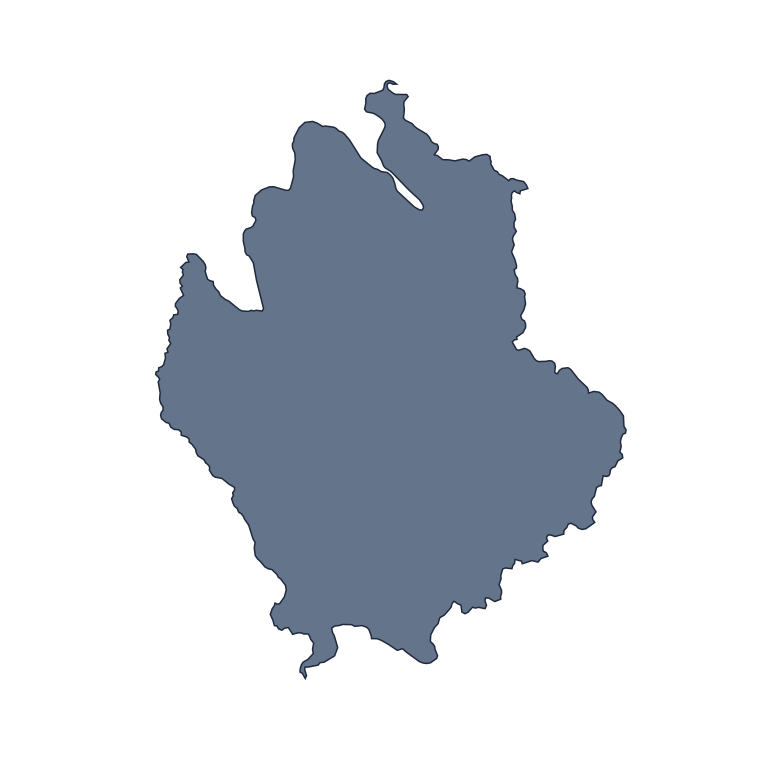 Itamarandiba, Minas Gerais, Brazil (Natural Earth projection), rotated 334°
{"feature_id": "56859067B40667879331711", "entity_name": "Itamarandiba", "entity_type": "district", "adm_level": 2, "iso_a3": "BRA", "parent_name": "Brazil", "parent_adm1": "Minas Gerais", "projection": "natural_earth1", "projection_center": [-42.866, -17.848], "detail": "fine", "context": "isolated", "style": "filled", "palette": "slate", "viewbox_px": 768, "rotation_deg": 334, "n_neighbors": 0, "source": "geoboundaries", "source_scale": "gbopen_adm2", "svg_char_len": 6171}
<svg xmlns="http://www.w3.org/2000/svg" viewBox="0 0 768 768"><g transform="rotate(334 384 384)"><path d="M589.5,272.6L591.1,270.2L599.0,271.4L599.2,267.6L598.2,263.2L592.6,258.9L590.3,256.1L587.5,255.0L585.3,256.0L581.6,248.6L579.3,246.0L578.9,242.8L576.8,240.2L576.4,233.0L577.8,231.1L578.0,228.4L579.1,226.1L577.1,222.7L573.3,221.2L565.1,219.7L558.3,221.0L556.5,218.5L553.4,216.4L545.5,214.5L540.5,210.9L535.2,208.2L532.2,202.2L529.7,200.0L535.6,196.8L536.9,194.4L536.8,191.8L534.6,190.0L533.0,187.1L532.9,182.1L531.9,178.2L525.9,169.0L524.5,166.3L523.4,162.3L518.9,156.5L518.1,153.5L522.6,146.3L524.4,141.1L526.1,138.8L531.7,136.3L531.3,133.7L521.5,128.9L519.4,126.3L516.9,121.0L517.2,117.8L518.8,115.8L521.3,115.8L523.4,118.5L526.8,119.9L524.8,116.2L521.7,113.3L518.3,113.0L516.0,114.4L513.9,117.6L511.5,119.4L502.7,118.6L498.9,116.6L495.2,117.3L492.8,119.4L490.7,123.8L487.0,128.5L487.6,131.7L493.3,136.2L496.7,141.3L498.4,145.2L499.2,149.1L498.7,151.7L496.9,154.0L485.7,162.6L483.5,165.3L479.2,173.2L479.7,181.8L479.2,187.8L479.9,190.5L483.1,195.6L484.3,198.6L491.4,220.5L496.7,234.0L497.5,240.2L496.8,242.9L494.7,244.3L492.3,243.2L488.9,238.2L480.5,216.6L480.4,213.7L481.8,207.1L482.2,202.5L481.2,198.6L479.7,195.4L474.5,191.8L472.4,188.3L470.1,186.4L468.4,183.9L462.3,170.7L460.0,149.5L457.9,141.6L456.7,139.2L454.3,136.8L453.1,133.4L451.6,131.3L444.2,126.3L441.8,125.7L438.5,120.5L435.0,116.8L427.6,114.2L420.2,116.4L411.0,123.3L409.4,126.2L406.8,128.2L405.2,132.2L405.1,137.2L402.6,143.5L395.9,152.5L393.6,158.0L386.0,166.8L383.3,168.1L381.0,167.1L371.4,158.4L367.5,156.6L359.0,155.9L350.9,158.1L347.4,162.0L346.2,164.5L343.9,166.4L340.0,172.2L339.4,175.4L341.2,178.0L340.6,180.8L335.7,184.4L333.3,185.1L328.1,184.4L325.9,185.3L323.4,187.4L320.2,193.7L318.5,200.8L317.1,204.3L317.2,207.6L318.9,209.8L319.7,217.7L314.8,235.2L308.8,263.4L306.5,265.0L301.4,261.7L299.0,261.3L297.0,259.6L294.0,259.3L288.4,256.1L286.4,253.5L280.8,241.4L278.5,238.6L275.7,232.8L275.9,228.7L274.6,224.9L274.1,220.4L275.4,217.0L272.6,214.6L271.4,212.4L272.6,204.4L274.9,201.5L275.6,198.4L275.3,194.7L272.2,185.3L270.2,183.7L264.7,181.2L262.6,182.9L262.1,188.9L259.2,187.9L252.3,190.1L253.4,193.0L251.8,195.1L251.5,198.2L246.3,200.7L244.9,204.0L245.8,207.6L243.0,208.4L242.7,216.5L237.4,217.4L231.9,220.3L230.5,222.7L231.1,225.5L230.9,228.3L229.0,230.9L225.3,229.7L223.2,231.9L219.5,232.9L218.7,236.5L215.6,240.8L213.0,240.8L211.5,244.5L211.6,248.2L209.8,250.3L210.1,254.1L204.3,257.3L203.8,260.7L200.5,260.4L199.0,264.9L194.3,270.1L191.7,270.9L188.6,270.7L187.0,273.4L184.3,273.3L183.0,275.6L184.2,278.8L184.5,281.4L182.0,283.1L179.0,293.7L175.6,299.4L174.8,303.5L175.4,307.6L173.9,310.7L171.3,312.0L169.5,314.2L168.8,317.7L171.3,323.1L173.6,325.0L173.4,329.3L175.5,332.8L179.4,335.1L180.7,338.3L179.3,341.1L183.9,345.7L184.6,348.4L183.4,350.7L184.9,354.0L186.1,360.0L185.2,363.2L185.2,366.8L189.0,373.1L189.1,376.7L190.4,379.2L190.9,382.3L189.3,384.8L189.9,391.3L191.5,393.8L197.0,397.9L200.7,406.0L204.3,411.4L203.1,414.0L200.4,415.3L199.4,418.5L196.8,420.2L196.1,424.7L196.0,428.2L197.5,431.7L197.2,435.5L198.9,438.2L199.5,441.2L199.4,444.0L200.5,451.6L198.4,465.6L198.7,469.9L195.5,474.5L193.1,481.7L193.7,485.9L195.0,489.1L196.8,496.2L198.8,499.2L201.8,501.5L204.3,508.2L204.3,511.4L205.7,514.0L207.2,521.8L205.8,526.3L201.2,531.6L193.9,535.7L191.7,535.2L190.0,533.1L188.2,535.3L185.0,537.0L180.8,541.2L180.6,547.5L179.6,553.1L181.6,554.4L181.9,558.0L184.4,560.6L187.4,559.9L191.2,560.9L192.2,568.9L197.7,570.0L200.4,571.3L202.5,573.7L206.1,575.2L206.6,577.7L206.2,581.4L207.2,586.0L203.4,591.2L202.3,595.2L195.1,598.1L189.2,598.6L186.5,600.3L184.1,602.9L182.2,606.1L183.8,608.4L184.1,614.2L186.5,612.2L187.5,605.9L188.9,603.8L191.8,605.2L201.6,607.8L204.4,606.4L208.1,607.8L220.4,606.7L226.8,600.7L229.0,588.2L228.8,584.7L229.9,580.5L233.6,579.9L237.7,581.4L241.5,582.0L249.4,586.1L251.5,589.0L258.2,591.4L261.9,595.1L262.8,598.1L262.2,604.6L261.2,607.4L266.3,610.0L269.2,613.2L273.5,619.4L279.2,629.2L284.6,630.0L287.1,635.9L294.2,649.1L296.8,651.9L299.8,653.9L303.6,655.0L311.1,653.7L313.0,651.8L313.6,644.6L314.5,642.1L314.1,639.2L312.8,635.7L316.0,630.0L322.5,625.1L327.5,623.1L331.7,618.5L337.0,618.1L342.9,615.7L346.5,614.0L348.8,611.3L351.6,609.9L354.3,614.4L356.3,616.4L354.0,623.1L356.1,626.0L359.5,626.0L365.8,623.4L367.7,625.4L371.1,626.2L376.3,630.2L379.1,627.9L379.7,623.1L381.5,620.8L384.4,622.4L388.2,628.1L394.5,628.6L395.8,625.8L398.0,623.5L399.2,621.0L399.5,614.8L403.9,610.3L404.9,607.5L409.6,602.3L412.4,602.5L418.0,606.1L419.8,604.0L422.9,602.3L424.8,599.1L429.9,603.5L429.5,606.2L439.6,607.6L444.4,611.6L448.6,609.7L455.9,610.6L455.9,606.7L453.9,604.1L454.7,601.3L456.2,598.7L462.3,597.0L462.6,593.4L465.1,591.6L467.8,592.9L470.9,596.1L479.8,597.7L481.6,594.5L485.4,593.1L488.3,590.6L491.1,591.2L494.5,595.7L495.5,598.8L498.3,601.6L502.1,602.6L512.7,600.8L512.2,597.2L513.1,594.8L518.5,591.9L517.7,584.0L518.4,580.9L520.7,578.5L523.8,577.2L529.6,570.3L532.3,569.9L534.8,570.6L540.7,562.6L543.5,564.7L545.8,565.0L547.7,563.6L550.0,560.3L552.5,559.3L555.4,559.6L560.5,555.6L566.2,555.1L567.3,551.6L566.1,548.7L569.9,544.0L571.1,539.6L573.8,536.3L576.8,533.8L579.4,534.1L581.5,531.3L581.1,527.2L585.2,517.7L584.2,510.9L582.3,504.6L581.1,501.7L577.3,496.3L575.4,488.8L573.7,485.6L569.2,482.6L563.9,481.8L564.9,479.3L565.1,476.4L560.8,464.8L558.2,452.7L556.5,450.0L550.9,448.1L547.7,448.6L544.1,450.9L542.5,448.5L545.7,443.3L546.5,440.2L545.2,437.2L543.1,435.6L539.4,434.6L532.8,431.6L531.1,429.8L530.2,426.8L529.6,418.4L528.0,415.7L525.8,413.5L520.0,412.8L518.2,411.2L517.7,402.5L520.5,401.5L523.1,402.2L523.8,399.8L531.3,398.8L536.0,395.4L537.6,391.9L537.9,388.8L536.3,386.5L536.7,382.5L542.1,378.8L546.3,374.2L548.5,367.4L550.4,364.9L550.7,361.5L548.5,358.2L545.8,356.0L547.1,353.2L549.2,350.6L550.4,347.3L549.9,344.7L550.2,341.5L551.2,338.2L553.8,337.9L555.1,335.5L556.2,329.5L556.6,321.1L562.0,316.0L562.9,310.3L564.7,308.0L569.9,304.8L569.7,300.0L571.7,295.8L574.4,293.7L576.0,288.3L575.6,284.0L577.2,280.5L578.4,275.3L580.3,272.7L581.4,269.9L583.2,268.1L585.9,267.6L587.0,269.9L589.5,272.6Z" fill="#64748b" stroke="#1e293b" stroke-width="1.5"/></g></svg>